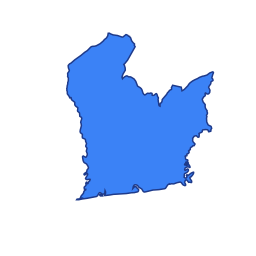 Maganja Da Costa, Zambezia, Mozambique (Natural Earth projection), rotated 25°
{"feature_id": "85939544B26352047498043", "entity_name": "Maganja Da Costa", "entity_type": "district", "adm_level": 2, "iso_a3": "MOZ", "parent_name": "Mozambique", "parent_adm1": "Zambezia", "projection": "natural_earth1", "projection_center": [37.468, -17.344], "detail": "fine", "context": "isolated", "style": "filled", "palette": "blue", "viewbox_px": 256, "rotation_deg": 25, "n_neighbors": 0, "source": "geoboundaries", "source_scale": "gbopen_adm2", "svg_char_len": 5881}
<svg xmlns="http://www.w3.org/2000/svg" viewBox="0 0 256 256"><g transform="rotate(25 128 128)"><path d="M204.4,155.5L204.0,154.6L202.4,153.5L202.2,153.1L202.1,151.3L202.5,150.4L203.4,150.4L205.9,151.6L207.1,150.9L208.3,150.8L208.6,150.3L208.4,149.7L207.8,148.9L206.4,148.2L205.0,147.0L205.1,146.4L205.9,145.4L206.5,142.9L206.6,141.7L206.4,140.8L206.2,140.4L205.9,140.4L205.2,141.1L204.3,142.2L202.5,145.6L201.3,145.4L201.0,145.7L200.9,146.3L201.9,147.1L202.1,147.5L202.1,148.3L201.8,148.8L201.0,149.1L199.7,148.9L198.6,146.1L198.6,145.4L200.1,143.6L200.7,142.0L200.7,140.9L200.1,140.0L199.4,139.9L198.9,140.4L198.1,142.0L197.6,142.3L196.9,141.7L196.7,140.1L197.2,139.2L198.4,138.0L199.3,137.7L200.6,137.7L200.8,137.2L199.8,136.2L198.6,135.5L197.1,137.0L195.1,137.5L194.8,137.4L194.7,136.6L194.9,136.0L196.1,136.4L196.8,136.2L197.4,135.6L197.6,134.8L197.5,134.2L196.9,133.9L195.8,135.1L195.0,135.0L194.9,134.8L195.0,134.2L196.2,133.6L196.2,133.0L195.8,131.9L195.3,131.7L194.1,132.2L193.1,131.5L192.2,129.9L191.8,129.6L191.8,129.0L193.0,128.4L193.0,127.9L192.5,127.2L192.5,126.6L192.7,126.3L193.1,126.1L193.2,125.6L193.6,125.2L193.6,124.8L193.6,124.0L192.6,123.2L192.7,122.9L193.0,122.7L193.0,121.9L193.5,121.5L193.5,121.0L193.1,120.2L193.0,119.3L194.0,117.8L194.2,116.9L194.5,116.8L194.9,116.2L195.4,116.0L195.5,114.6L195.5,114.2L192.6,112.9L191.8,111.9L191.4,110.7L190.9,110.0L191.2,109.2L191.4,107.6L192.4,106.6L193.2,106.1L195.1,106.8L196.0,106.4L196.1,105.9L195.4,104.0L195.1,103.5L194.7,103.2L194.7,102.9L194.9,102.5L196.6,100.7L196.8,99.8L196.4,98.9L196.6,98.1L199.0,96.6L200.7,96.0L201.7,96.3L202.5,97.2L203.0,97.3L203.3,96.5L204.2,96.2L204.4,95.9L203.8,94.2L204.0,93.0L202.9,91.7L202.4,91.4L199.8,91.4L198.9,91.1L198.4,90.5L196.9,89.4L195.1,86.1L194.8,85.1L194.7,84.3L194.0,83.7L193.7,83.0L193.9,81.9L193.8,81.1L193.4,80.4L192.7,79.9L192.5,79.0L189.9,77.4L188.9,76.1L188.0,74.1L185.3,72.8L184.5,72.1L183.2,70.6L183.1,69.6L183.5,68.7L183.4,67.7L184.1,66.7L184.2,66.4L184.2,65.6L183.4,64.5L183.3,63.8L183.6,63.4L185.1,63.8L186.2,63.4L186.8,62.5L187.0,61.2L186.3,59.1L184.0,57.2L183.8,56.8L183.8,56.0L184.3,53.0L183.8,51.4L183.8,50.8L184.9,49.2L184.9,48.8L184.1,47.8L182.9,47.2L182.7,46.8L182.2,43.7L182.1,41.8L181.5,41.3L180.9,41.4L178.8,43.6L177.2,46.6L174.8,48.8L173.6,49.6L171.3,52.0L170.2,53.7L168.2,56.0L166.7,58.0L165.2,60.7L164.6,62.6L164.4,64.4L162.8,69.0L162.1,70.3L161.2,71.5L159.0,68.5L150.4,70.4L150.3,73.1L151.0,74.1L151.1,74.6L149.7,76.4L149.5,77.8L148.9,79.4L148.8,81.2L147.0,87.7L147.4,88.8L147.6,90.2L147.5,90.9L147.0,91.8L146.9,92.6L147.8,94.7L147.0,94.7L146.2,94.1L144.9,91.9L144.1,91.0L143.8,90.2L143.2,89.5L142.9,88.1L142.6,87.6L141.4,86.9L140.6,85.8L139.4,84.9L139.1,84.9L138.7,85.3L137.7,87.4L136.7,88.0L136.1,88.1L135.4,86.8L135.1,86.5L134.6,86.5L133.8,86.7L132.7,87.7L131.3,88.1L130.8,88.5L129.6,90.6L129.0,91.0L127.9,90.7L126.7,89.9L124.6,87.6L123.5,86.8L122.0,86.3L119.0,86.0L115.3,82.4L112.8,81.0L109.5,80.6L108.3,80.7L107.1,81.3L105.0,81.2L104.3,81.7L103.4,82.9L102.6,84.4L102.2,85.7L101.1,84.5L100.8,82.7L100.7,81.1L101.1,76.7L100.0,74.7L98.4,72.9L97.3,72.1L97.8,71.2L98.9,66.8L100.1,51.3L98.8,50.4L98.4,49.1L96.5,48.5L94.4,47.4L92.2,45.1L91.2,44.8L90.7,44.3L89.6,44.6L88.7,44.1L87.3,44.1L86.7,44.2L85.0,47.6L84.3,48.1L79.4,48.6L75.2,49.9L72.2,50.1L71.2,49.9L70.0,50.5L70.7,53.0L70.4,55.6L69.2,57.9L68.9,59.4L67.1,63.4L64.5,66.9L63.0,68.1L61.3,69.0L60.5,69.7L60.0,70.5L58.4,75.1L56.7,77.8L54.7,82.1L51.1,88.4L48.9,93.3L48.0,94.5L47.5,96.0L47.4,96.7L48.1,98.0L49.1,99.3L50.4,100.4L50.6,101.7L50.2,103.7L50.3,104.3L51.0,105.4L51.6,107.0L52.8,107.8L54.0,110.6L54.2,112.3L54.8,113.7L55.1,115.7L55.6,116.8L55.8,118.1L56.2,118.6L56.7,119.8L57.6,120.7L58.6,122.7L61.6,124.4L62.4,125.3L62.9,125.2L63.2,124.6L63.5,124.5L64.0,124.9L64.6,126.0L65.1,126.3L68.8,127.2L69.2,127.7L69.4,128.4L69.9,129.3L70.5,129.9L71.7,130.4L73.9,130.8L74.2,131.4L75.0,133.8L75.5,134.2L77.1,134.6L77.7,134.9L79.4,137.8L81.1,138.0L81.9,138.6L82.3,139.8L82.4,141.3L82.7,142.8L83.0,143.2L83.6,143.7L84.8,145.6L85.6,150.0L86.1,151.5L86.9,152.4L88.5,152.7L89.5,153.3L90.3,155.4L90.9,156.2L91.5,156.3L93.6,156.2L94.3,156.5L95.3,158.1L96.4,159.0L97.0,159.6L97.3,162.2L97.6,162.6L99.4,163.6L100.0,166.6L102.1,168.7L102.5,170.1L102.4,171.9L102.0,172.4L101.6,172.4L99.2,172.3L98.9,173.1L99.3,173.9L101.1,176.5L102.2,177.5L103.1,177.9L105.6,178.1L107.8,179.5L108.9,180.6L109.1,181.5L108.6,183.2L109.1,185.3L107.7,187.7L107.6,188.3L107.7,188.6L108.1,188.9L108.6,188.9L110.1,186.5L110.5,186.4L111.1,187.1L111.2,187.6L110.8,191.1L110.9,191.8L111.6,192.2L112.6,192.2L114.6,190.8L115.4,190.6L115.6,192.1L114.9,193.9L115.2,194.9L115.1,195.3L114.7,195.7L114.3,195.6L113.4,194.6L113.1,195.0L113.2,196.1L113.9,197.1L114.1,197.9L113.3,200.2L114.2,201.8L114.8,201.9L115.6,201.4L115.8,201.9L115.3,202.5L115.0,203.3L114.9,204.6L115.2,206.0L114.3,209.2L114.3,211.6L114.4,211.8L115.2,211.6L116.1,210.8L116.5,210.8L116.2,211.4L115.4,212.1L114.2,212.6L111.9,214.0L111.8,214.7L113.7,213.8L116.6,211.6L120.5,209.1L128.4,203.4L129.1,202.1L129.1,199.7L129.5,198.7L129.9,198.4L130.7,198.4L132.8,198.8L133.6,198.4L133.9,198.1L134.3,197.5L134.4,196.6L133.7,194.5L134.6,195.3L134.9,195.8L135.3,197.0L135.3,198.9L135.3,199.1L135.6,199.0L139.8,196.4L142.8,194.3L154.2,188.1L158.7,185.1L160.9,184.0L163.8,181.7L164.1,180.7L163.9,179.8L163.5,179.2L161.0,178.4L160.1,177.8L159.2,178.1L158.7,178.5L158.0,180.7L157.5,178.5L157.8,177.0L158.3,176.5L159.7,176.0L161.1,176.1L162.4,177.0L166.3,177.5L168.5,179.0L169.4,179.2L169.9,179.1L171.1,178.3L176.8,173.7L182.2,170.7L186.9,167.5L187.4,166.9L187.6,166.1L188.0,163.0L188.3,162.2L189.0,161.6L189.0,161.1L189.7,161.2L190.9,160.2L193.1,159.3L195.5,156.9L198.1,154.9L199.5,155.0L201.4,156.1L202.3,156.3L204.0,156.2L204.4,155.5ZM133.3,199.8L131.0,200.0L130.6,200.3L131.0,201.0L131.7,201.2L133.7,200.3L133.3,199.8Z" fill="#3b82f6" stroke="#1e3a8a" stroke-width="1.5"/></g></svg>